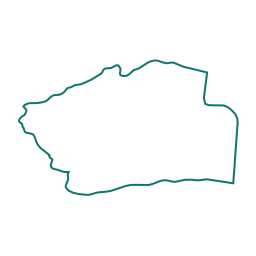 an SVG outline of Bukidnon, rotated 93°
{"feature_id": "PHL-2589", "entity_name": "Bukidnon", "entity_type": "Province", "adm_level": 1, "iso_a3": "PHL", "parent_name": "Philippines", "parent_adm1": "", "projection": "natural_earth1", "projection_center": [125.004, 7.993], "detail": "fine", "context": "isolated", "style": "outline", "palette": "teal", "viewbox_px": 256, "rotation_deg": 93, "n_neighbors": 0, "source": "natural_earth", "source_scale": "10m", "svg_char_len": 1847}
<svg xmlns="http://www.w3.org/2000/svg" viewBox="0 0 256 256"><g transform="rotate(93 128 128)"><path d="M163.7,19.7L177.7,20.0L175.1,46.8L176.7,55.4L176.3,61.9L176.7,68.2L178.5,74.9L179.4,78.5L179.1,81.7L178.5,84.7L178.2,88.1L178.9,92.4L182.5,100.2L183.8,104.3L184.6,121.9L186.0,127.2L191.8,142.1L192.9,147.5L193.7,153.5L194.3,156.2L196.4,162.0L196.8,164.4L196.9,166.8L196.5,173.9L195.5,179.6L193.4,184.6L190.1,187.1L188.3,187.0L183.9,185.5L181.9,185.1L180.2,185.3L178.7,185.7L177.1,185.7L175.0,185.0L175.3,189.2L174.5,192.5L173.5,195.8L172.7,199.9L172.3,201.3L171.5,202.2L171.5,202.3L170.4,202.9L169.2,203.1L167.9,202.9L164.5,202.0L163.6,201.8L162.9,202.3L162.5,203.1L162.3,203.8L161.9,204.3L160.6,205.0L159.3,205.5L159.1,205.2L152.3,214.6L149.3,217.3L146.6,218.8L141.4,220.9L139.5,222.4L138.8,224.2L138.1,228.9L137.1,230.9L135.2,231.6L133.4,232.3L133.0,233.0L132.9,233.0L129.6,234.0L128.6,235.2L127.9,236.5L126.7,237.2L125.0,236.9L122.4,234.9L120.3,231.9L117.2,230.6L116.0,230.3L114.8,230.7L113.6,232.2L112.0,233.6L110.5,232.5L109.3,230.4L108.6,228.6L108.3,226.6L107.8,219.8L106.9,215.3L106.2,213.0L105.2,211.0L103.6,209.1L102.2,208.0L100.8,206.6L99.3,204.2L98.9,202.6L98.5,199.0L97.9,197.1L97.1,195.7L96.2,194.5L95.1,193.4L91.8,191.0L91.1,189.9L90.8,188.6L90.0,186.6L88.1,183.5L87.7,182.2L86.8,177.2L81.7,167.2L74.8,157.3L73.8,156.7L71.3,155.7L70.2,154.6L69.6,152.9L69.3,151.1L69.2,149.3L68.9,147.9L66.0,143.0L66.0,140.9L67.6,139.7L68.9,138.7L71.1,138.6L73.7,139.0L75.8,138.1L76.4,134.0L75.6,131.6L74.0,129.4L70.0,125.4L67.8,120.1L61.0,110.7L59.1,105.2L59.2,102.0L60.8,96.2L61.3,93.2L61.1,91.2L60.5,89.0L60.3,86.5L61.1,83.8L63.9,75.9L68.4,51.9L68.5,51.9L94.2,53.8L99.8,52.2L101.0,48.5L100.5,33.4L101.7,30.1L103.7,26.8L106.2,23.9L108.5,21.6L112.5,19.5L116.7,18.8L163.7,19.7L163.7,19.7Z" fill="none" stroke="#0f766e" stroke-width="2"/></g></svg>